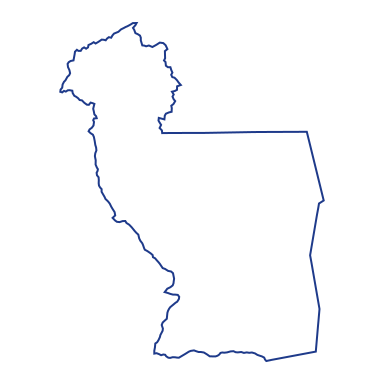 Lagoa do Mato, Maranhão, Brazil (Albers equal-area conic projection)
{"feature_id": "56859067B38222691073156", "entity_name": "Lagoa do Mato", "entity_type": "district", "adm_level": 2, "iso_a3": "BRA", "parent_name": "Brazil", "parent_adm1": "Maranhão", "projection": "albers", "projection_center": [-43.587, -6.007], "detail": "fine", "context": "isolated", "style": "outline", "palette": "blue", "viewbox_px": 384, "rotation_deg": 0, "n_neighbors": 0, "source": "geoboundaries", "source_scale": "gbopen_adm2", "svg_char_len": 3579}
<svg xmlns="http://www.w3.org/2000/svg" viewBox="0 0 384 384"><path d="M88.6,131.3L90.6,133.2L92.9,134.7L93.9,137.0L94.7,141.0L95.3,144.9L96.1,147.5L96.4,150.4L95.3,153.2L94.9,156.0L95.2,157.8L95.7,160.2L95.6,164.6L96.9,167.6L97.9,169.2L97.5,171.1L96.6,172.8L97.0,175.3L98.6,177.3L98.8,180.1L98.7,183.3L99.0,185.6L100.1,187.5L101.6,189.1L101.6,191.8L103.1,194.4L104.5,196.8L105.5,199.0L106.9,200.3L108.2,201.6L109.8,203.7L111.2,206.6L112.5,208.8L114.6,212.1L115.2,215.4L112.6,217.9L115.1,220.5L116.9,221.8L119.6,222.1L122.6,221.1L125.3,221.0L126.5,223.0L129.2,224.7L131.7,227.3L134.6,230.9L136.4,232.9L138.3,234.6L139.2,238.4L140.3,240.7L142.3,243.3L143.1,245.2L144.0,247.9L144.8,249.7L147.4,251.1L150.6,253.3L152.6,255.0L153.0,257.2L155.1,258.3L156.6,260.1L158.5,262.2L159.8,263.8L161.2,265.9L162.7,268.1L165.0,268.9L168.1,270.9L171.1,271.5L173.0,273.2L174.1,278.7L173.7,281.5L173.5,283.3L172.7,285.4L170.4,287.2L167.3,288.7L164.7,292.1L167.9,293.0L170.3,293.9L173.0,294.6L175.1,294.6L177.8,294.9L179.2,296.8L178.9,299.0L177.2,301.7L175.6,302.7L170.2,307.2L169.0,308.9L168.0,310.9L167.4,312.8L166.8,318.8L165.4,320.0L162.7,322.5L161.7,325.0L162.9,328.6L162.6,330.8L160.4,335.0L159.9,337.1L158.4,340.3L157.1,342.3L155.3,343.5L155.1,345.7L154.9,347.6L154.3,350.7L154.3,353.6L156.6,353.2L159.0,354.1L161.1,355.2L163.3,354.5L165.2,354.8L166.2,356.3L168.3,357.7L170.1,357.9L172.7,357.2L175.2,357.3L177.0,357.6L178.9,357.7L183.1,355.2L185.3,353.9L188.8,351.7L190.7,350.9L194.0,350.4L196.4,351.3L198.6,352.0L200.9,352.0L203.9,352.5L207.0,354.4L209.7,356.3L213.0,356.4L215.6,356.4L217.6,355.7L219.3,354.5L220.5,352.9L222.3,352.5L224.3,352.7L227.0,352.4L230.6,351.4L233.5,351.2L235.6,352.2L237.8,352.4L241.2,352.0L243.9,352.9L246.8,352.4L249.2,352.8L251.9,352.5L255.0,353.4L257.4,354.9L259.7,355.7L261.9,356.4L264.2,357.6L265.0,359.5L266.3,361.0L271.5,359.9L315.8,351.6L318.1,324.8L318.4,321.6L319.5,309.0L311.5,262.9L310.1,255.3L317.0,214.7L318.2,208.3L319.0,203.5L323.7,200.5L309.1,141.1L306.8,131.8L258.7,132.0L250.7,132.1L205.8,132.9L170.4,133.0L162.2,133.1L161.9,130.4L159.6,128.0L161.1,124.9L159.4,122.2L158.5,120.6L158.8,117.9L164.4,119.4L164.8,115.6L165.9,113.7L169.0,112.4L171.6,111.8L171.8,108.1L171.3,105.7L173.4,104.1L175.2,101.1L173.7,99.3L172.5,96.6L173.7,94.5L172.0,91.7L174.8,91.0L177.0,89.8L177.1,86.3L180.8,85.0L178.6,82.5L176.9,80.1L174.5,77.7L172.3,77.1L171.2,74.8L172.4,72.6L171.3,70.1L170.4,67.2L167.9,67.2L165.9,65.7L165.5,62.0L164.0,60.5L165.1,58.3L164.9,51.1L167.4,49.1L166.6,47.3L165.6,45.2L163.3,43.1L159.8,42.6L156.4,44.8L152.4,47.0L148.9,45.5L146.1,46.3L144.3,45.6L142.3,45.4L140.8,40.4L140.8,37.7L140.0,35.6L137.8,34.2L135.4,33.1L134.2,29.8L133.0,27.9L135.4,25.2L136.6,23.0L132.8,23.1L130.8,24.4L129.0,25.4L127.3,26.3L125.6,27.0L124.0,27.9L121.0,29.4L118.4,31.8L116.2,32.7L114.0,33.6L112.4,35.5L111.2,37.7L108.8,37.2L107.0,38.6L105.7,40.3L103.9,39.8L101.7,39.6L99.7,41.0L98.0,42.1L95.6,43.5L93.7,42.2L91.2,43.8L88.5,45.0L88.0,47.4L86.1,48.7L84.1,47.4L82.1,48.6L80.7,50.9L78.4,50.9L76.9,49.8L75.0,51.7L74.6,54.4L74.1,57.1L73.5,60.4L70.6,61.0L68.7,62.2L67.6,63.9L68.0,67.1L69.4,70.1L70.1,73.2L69.2,75.2L67.4,76.8L65.4,80.4L64.0,81.8L62.6,84.5L62.2,87.7L60.6,89.6L60.3,91.8L62.2,92.4L64.0,90.9L65.8,91.6L67.8,90.3L69.6,90.2L72.3,90.7L72.7,93.1L74.3,95.8L76.2,96.8L78.2,98.3L79.6,100.0L82.0,100.4L84.2,102.7L86.9,104.7L88.9,104.8L90.6,102.6L92.7,103.2L94.4,103.9L93.8,106.2L93.2,108.8L93.8,111.3L94.4,114.4L96.1,116.2L96.7,118.2L94.0,118.5L93.2,120.2L94.0,121.9L93.5,125.5L91.8,127.8L89.6,129.4L88.6,131.3Z" fill="none" stroke="#1e3a8a" stroke-width="2"/></svg>